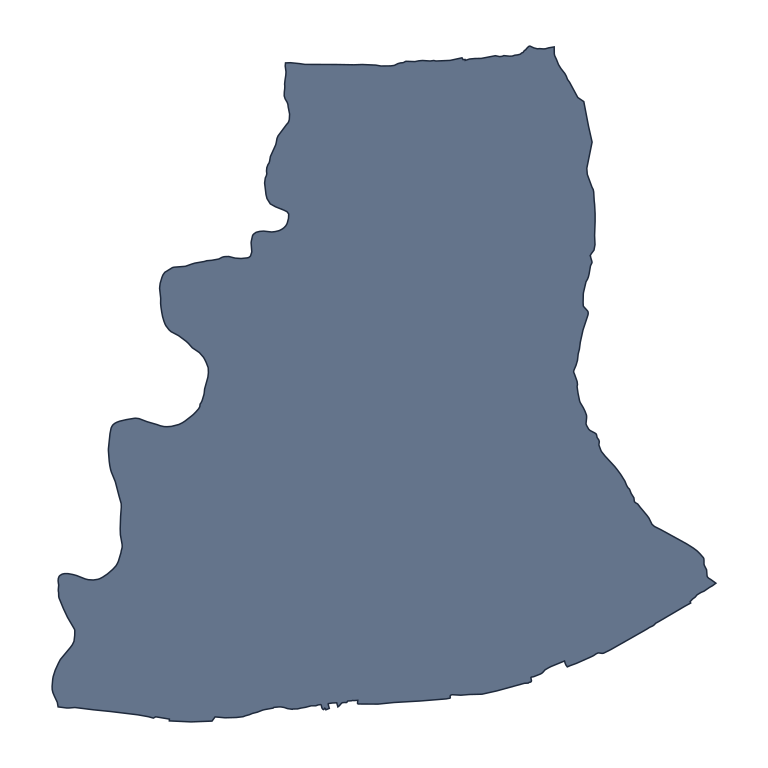 Stanesti, Vâlcea, Romania
{"feature_id": "2599482B92265495094615", "entity_name": "Stanesti", "entity_type": "district", "adm_level": 2, "iso_a3": "ROU", "parent_name": "Romania", "parent_adm1": "Vâlcea", "projection": "equal_earth", "projection_center": [24.051, 44.813], "detail": "fine", "context": "isolated", "style": "filled", "palette": "slate", "viewbox_px": 768, "rotation_deg": 0, "n_neighbors": 0, "source": "geoboundaries", "source_scale": "gbopen_adm2", "svg_char_len": 6012}
<svg xmlns="http://www.w3.org/2000/svg" viewBox="0 0 768 768"><path d="M646.9,629.1L649.5,627.4L652.8,625.9L654.4,624.7L655.6,623.3L658.7,621.6L684.4,606.5L690.7,603.0L690.1,601.7L692.5,599.1L695.1,597.2L697.1,594.8L701.1,592.4L704.0,591.2L709.5,587.4L712.4,585.8L715.9,583.2L710.8,579.5L708.8,578.3L707.8,577.4L707.2,576.4L707.0,575.2L706.6,569.8L704.4,565.5L704.0,564.2L704.0,560.3L703.8,558.5L703.4,557.7L700.2,554.0L697.2,551.0L693.4,548.1L686.9,544.0L660.9,529.7L654.5,526.5L652.0,524.3L648.9,518.0L647.0,515.4L640.3,507.4L637.7,504.0L635.8,502.9L634.5,501.8L634.3,501.1L633.9,497.8L631.2,493.5L629.5,489.2L627.9,487.6L626.6,485.3L624.9,481.1L620.7,474.4L617.7,470.3L614.8,466.6L605.0,456.0L601.5,451.6L600.9,450.4L599.0,445.3L598.9,444.7L599.3,441.7L599.1,440.9L598.9,440.1L597.1,437.5L596.6,435.1L596.3,434.1L594.9,433.0L590.1,430.5L588.7,429.2L586.6,425.5L586.0,423.8L586.6,417.9L586.6,416.0L586.4,414.9L585.0,411.2L583.3,407.7L580.2,402.5L579.6,400.9L578.0,393.1L577.2,387.4L577.1,386.4L577.5,384.6L577.1,381.4L574.6,374.4L573.6,372.0L573.9,370.3L576.0,365.4L577.5,360.3L578.2,353.9L579.4,349.2L580.3,342.3L583.0,330.0L587.9,315.2L588.2,313.8L588.1,312.0L587.6,311.0L583.7,306.6L583.3,306.0L583.1,302.6L583.3,294.0L583.5,292.5L586.0,281.8L587.5,279.2L588.4,276.9L589.1,274.0L590.5,265.8L592.0,262.7L591.9,261.4L590.8,257.8L590.5,256.2L590.1,255.8L591.3,253.7L594.0,250.1L595.0,244.7L594.6,235.5L595.1,221.4L595.1,213.7L594.6,204.3L594.2,200.7L593.7,191.9L593.2,189.5L592.0,187.2L587.3,174.4L586.8,168.3L592.1,142.1L588.5,126.1L583.8,101.6L577.8,97.5L569.6,82.3L567.5,79.4L566.3,76.2L564.9,73.6L560.9,68.5L558.5,64.6L556.5,59.5L554.7,55.7L554.3,53.9L554.2,46.9L548.8,47.8L545.3,48.8L543.3,48.9L539.6,48.6L537.4,48.8L533.9,47.9L530.0,46.1L529.2,46.2L528.5,46.6L526.5,48.6L525.7,49.8L524.4,50.5L523.1,52.4L521.6,53.0L520.3,54.2L517.5,54.9L514.8,55.2L512.2,56.1L509.6,56.2L503.8,55.6L502.2,56.3L499.6,56.6L495.4,55.7L481.3,58.4L474.9,58.5L469.6,59.0L465.2,60.4L465.1,59.5L463.0,59.6L462.0,57.8L450.1,60.4L435.9,61.0L433.8,60.5L430.1,61.0L422.6,60.5L418.9,60.8L414.9,61.6L406.4,61.3L405.5,61.4L403.8,62.4L402.9,62.7L400.5,62.9L397.9,63.6L394.3,65.4L390.7,65.9L380.9,66.0L375.8,65.1L362.2,64.5L354.0,64.8L336.3,64.5L304.9,64.4L299.5,63.6L290.4,62.7L285.5,62.9L285.2,66.0L286.0,71.9L285.8,75.1L285.0,80.4L284.6,84.2L284.8,86.0L284.7,88.7L284.3,92.0L284.2,95.9L285.1,98.8L287.2,102.4L287.9,104.4L288.2,107.0L289.6,114.1L289.3,119.6L288.7,121.5L288.0,122.9L286.7,124.3L278.1,135.8L277.0,138.4L276.2,142.8L275.7,144.8L270.4,156.5L269.6,161.2L269.0,163.1L268.0,164.5L266.8,167.7L266.5,171.0L266.8,173.8L266.3,175.8L265.3,177.9L264.6,183.0L266.0,194.6L267.0,198.6L270.3,203.9L275.5,206.8L284.0,210.2L287.0,211.7L288.7,214.0L288.5,218.3L287.3,222.9L286.8,224.1L285.8,225.8L284.0,227.7L282.4,228.9L280.1,230.2L278.5,230.8L275.1,231.6L271.7,232.0L263.7,231.1L259.6,231.4L256.1,232.3L254.0,233.8L253.0,234.8L252.5,235.8L251.3,241.2L251.1,242.8L251.8,251.9L250.7,255.4L250.3,256.3L248.7,257.5L247.1,257.9L241.1,258.5L235.1,258.1L228.8,256.5L224.9,256.6L223.2,256.9L221.8,257.4L218.8,259.0L211.7,260.3L206.8,260.7L204.2,261.5L194.9,263.1L191.9,264.0L185.4,266.3L174.0,267.2L172.4,267.6L164.8,272.3L162.9,275.0L161.9,277.5L160.2,283.2L159.8,286.2L159.6,288.4L160.7,298.3L160.6,303.5L161.0,307.4L161.7,312.0L162.6,316.7L163.9,321.1L165.1,324.2L166.0,325.9L169.0,329.8L171.1,331.7L178.5,335.6L186.0,341.2L188.3,343.3L192.3,347.8L199.4,352.6L203.5,357.3L204.7,359.4L206.2,362.5L208.2,367.7L208.4,372.7L207.9,377.1L204.6,389.0L204.2,393.1L203.9,394.7L202.1,400.6L201.1,402.7L200.1,404.1L199.8,406.7L198.6,408.8L195.8,412.0L193.2,414.6L191.9,415.7L185.1,421.0L182.5,422.7L178.8,424.5L171.4,426.4L167.0,426.7L164.1,426.6L160.4,425.8L157.1,424.6L147.1,421.7L139.0,418.6L135.7,418.2L134.2,418.3L126.4,419.6L119.6,421.2L116.7,422.3L114.5,423.5L112.7,425.1L111.8,426.6L111.1,428.1L110.0,433.6L108.4,448.9L108.4,450.7L109.2,461.2L109.8,465.6L110.6,469.5L111.3,471.9L115.3,481.7L119.1,496.3L121.2,503.6L121.3,507.2L120.6,516.4L120.2,528.8L120.4,534.9L122.1,544.4L122.2,546.5L122.0,548.1L121.3,550.6L120.9,552.9L118.4,561.2L117.4,563.4L116.0,565.8L112.7,569.4L107.4,574.0L102.6,577.2L99.7,578.7L97.9,579.3L93.3,580.0L88.3,579.7L85.4,579.0L76.5,575.5L72.8,574.5L67.9,573.6L64.6,573.6L62.2,574.1L60.2,575.3L59.5,575.9L59.0,576.6L58.3,578.5L58.1,580.8L58.4,583.4L58.7,585.0L58.3,589.2L58.3,591.0L58.6,592.6L58.7,596.4L59.0,597.9L63.4,608.6L67.5,617.3L74.4,629.1L74.8,630.4L74.7,635.5L74.0,641.3L72.3,644.8L70.4,647.4L60.4,659.4L58.5,663.0L55.2,670.2L53.2,676.5L52.7,679.3L52.1,686.3L52.2,689.6L52.9,692.6L54.5,696.4L57.3,702.3L58.1,706.9L66.8,708.0L68.8,708.0L74.9,707.5L93.5,709.8L110.4,711.5L137.7,714.8L148.3,716.7L153.4,718.1L155.7,716.8L169.4,719.1L169.3,720.9L191.0,721.9L212.0,721.1L215.1,716.9L225.0,717.8L236.3,717.5L243.1,716.7L245.4,715.8L249.4,714.7L252.5,713.4L257.3,712.2L262.7,710.1L264.7,709.6L273.1,708.1L273.8,707.4L279.2,706.9L280.7,706.9L284.3,707.5L287.4,708.6L292.4,709.3L292.9,709.0L297.7,708.9L300.8,708.1L305.6,707.3L311.2,705.8L315.8,705.8L318.2,704.9L320.6,704.6L321.2,705.0L321.9,707.9L322.7,709.1L323.5,709.6L324.1,709.2L324.8,708.2L325.5,708.8L325.9,709.8L329.3,708.4L328.2,704.4L328.3,703.6L332.4,703.0L336.7,702.8L337.9,706.9L339.3,705.8L341.2,703.6L342.3,702.7L344.5,702.5L346.2,702.6L346.8,702.4L347.5,701.3L347.9,701.0L351.4,700.8L352.8,700.4L353.8,700.6L357.8,700.3L357.5,703.3L358.1,704.0L378.1,704.1L394.0,702.5L420.1,701.0L446.1,698.9L449.9,698.2L450.2,697.9L450.3,697.4L450.1,696.5L450.3,695.6L450.9,695.1L452.0,694.7L460.8,695.2L469.4,694.5L482.0,694.2L496.8,690.9L524.4,683.3L528.2,683.1L529.3,682.3L530.6,682.1L531.2,681.6L531.5,680.8L530.9,677.7L531.1,677.3L531.4,677.1L533.7,676.7L540.5,674.0L541.9,673.2L543.0,672.2L545.1,669.8L548.7,667.7L551.1,666.5L564.5,661.0L565.2,663.4L565.9,665.0L567.3,666.9L570.3,665.6L576.6,663.3L591.6,656.6L593.6,655.6L596.2,653.8L597.7,653.1L598.6,652.9L602.1,653.4L603.6,653.2L610.8,649.6L646.9,629.1Z" fill="#64748b" stroke="#1e293b" stroke-width="1.5"/></svg>